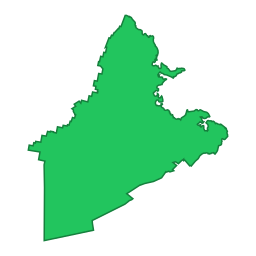 Glenorchy, Tasmania, Australia
{"feature_id": "25037944B30082174620136", "entity_name": "Glenorchy", "entity_type": "district", "adm_level": 2, "iso_a3": "AUS", "parent_name": "Australia", "parent_adm1": "Tasmania", "projection": "equal_earth", "projection_center": [147.273, -42.832], "detail": "fine", "context": "isolated", "style": "filled", "palette": "green", "viewbox_px": 256, "rotation_deg": 0, "n_neighbors": 0, "source": "geoboundaries", "source_scale": "gbopen_adm2", "svg_char_len": 5832}
<svg xmlns="http://www.w3.org/2000/svg" viewBox="0 0 256 256"><path d="M44.2,240.6L93.5,230.2L92.4,223.3L92.2,220.5L125.0,204.1L129.4,200.6L131.7,199.7L132.9,198.7L126.7,193.7L140.2,184.9L140.4,185.1L144.7,183.5L153.5,181.5L161.6,177.8L165.8,171.9L166.0,172.2L168.8,171.3L169.9,171.9L173.8,170.7L172.6,169.5L176.6,165.5L173.0,162.5L175.5,161.8L178.4,163.7L181.5,160.7L183.4,159.3L183.2,160.2L183.7,160.8L184.7,160.0L189.7,165.9L190.8,165.5L191.3,166.0L195.4,161.1L198.2,158.7L199.9,155.7L202.3,153.8L203.8,153.1L205.1,153.2L206.3,152.8L208.0,153.2L208.2,153.8L208.6,153.7L209.3,154.0L209.8,153.6L210.8,153.7L211.5,153.0L212.2,153.0L213.7,152.6L213.9,152.7L214.0,153.4L215.0,154.1L216.6,152.1L217.5,150.5L218.6,145.6L219.6,145.5L221.0,144.9L221.6,143.9L221.5,142.4L222.0,141.4L221.7,140.4L221.9,139.0L222.5,138.7L224.0,139.5L224.6,139.5L225.1,139.2L227.7,136.4L227.5,135.6L227.7,135.0L227.3,134.3L226.9,132.8L226.9,132.3L227.4,131.7L227.2,131.0L226.1,128.9L224.5,127.5L225.9,128.5L226.1,128.3L221.0,124.3L220.6,124.2L220.3,124.6L220.0,124.4L219.5,124.6L218.8,124.2L217.8,124.1L216.8,123.3L216.2,123.2L215.4,123.6L214.8,122.4L213.8,121.5L213.1,121.2L212.6,121.5L211.9,121.6L211.8,121.2L211.1,120.8L209.4,120.9L208.2,120.5L207.4,120.8L206.0,122.8L207.8,124.4L208.3,126.4L208.1,126.6L208.1,127.1L207.4,128.0L207.5,129.1L207.9,129.8L207.9,130.4L207.2,131.1L206.9,130.7L206.4,130.5L205.3,130.8L204.7,130.7L203.6,128.1L203.9,127.2L203.6,125.6L202.9,125.6L201.8,126.2L201.5,126.8L201.1,127.0L200.6,126.9L199.9,126.0L200.6,125.1L200.6,124.7L200.0,124.8L199.1,125.5L197.6,124.9L197.3,124.6L197.4,124.4L197.6,123.8L198.6,123.4L200.0,121.8L200.4,121.9L200.6,122.2L201.0,122.1L202.1,123.3L203.2,122.8L203.6,122.1L203.3,122.2L202.7,121.5L202.8,121.2L201.8,119.9L201.5,118.3L201.0,117.6L200.4,117.3L200.3,116.9L201.9,116.8L202.9,118.0L204.1,118.5L205.0,118.5L206.2,118.1L207.2,117.1L208.5,116.8L209.5,116.9L209.8,116.5L208.4,113.7L206.8,112.3L203.6,111.5L200.6,109.9L200.1,109.8L199.0,110.6L198.5,110.8L197.7,110.6L197.2,110.1L197.2,109.9L197.7,109.8L196.1,109.6L193.9,111.1L188.3,111.8L187.8,111.6L187.8,110.7L187.5,109.9L186.9,110.1L186.2,113.0L185.9,113.6L185.8,114.7L185.2,115.1L184.6,115.9L181.4,117.9L180.7,119.9L180.1,119.2L179.5,119.2L179.7,118.4L178.7,119.7L178.9,119.0L178.5,119.0L178.1,118.6L176.9,119.3L175.2,118.7L174.3,117.7L173.3,117.7L173.3,116.8L172.7,115.7L172.7,115.0L172.4,114.7L171.3,115.0L170.6,114.6L170.3,113.9L170.6,113.4L169.5,112.7L169.7,111.8L169.3,111.1L168.8,110.8L168.7,110.5L168.3,110.5L167.8,109.8L165.7,110.3L164.9,110.2L164.3,109.9L164.1,109.1L163.4,108.2L161.7,107.3L161.2,106.2L161.2,105.2L162.4,104.5L162.2,103.8L161.1,103.8L161.1,105.0L160.2,105.7L158.7,105.9L158.0,105.8L157.4,105.4L156.7,105.6L156.0,104.9L155.4,103.3L155.6,101.6L156.8,100.1L157.5,100.0L158.3,100.2L158.8,101.6L159.6,102.0L161.9,102.0L162.8,101.4L162.8,99.7L162.0,96.6L161.6,96.0L160.0,98.0L158.8,97.8L158.1,96.8L158.5,96.1L158.6,95.4L158.2,94.1L157.4,93.5L157.4,95.1L157.2,95.4L156.3,96.1L155.2,96.2L154.5,95.8L153.8,94.6L153.4,93.4L153.5,92.5L154.6,92.0L155.7,90.6L157.0,90.5L157.7,91.1L158.4,90.7L158.5,88.9L156.8,87.8L156.8,87.3L157.3,86.0L159.0,85.0L160.0,85.1L160.5,84.8L162.1,84.5L162.2,83.6L163.5,81.8L165.0,80.3L166.4,79.5L166.5,79.1L166.2,78.9L165.3,78.8L163.3,79.2L162.5,78.2L162.5,77.3L161.4,77.0L160.7,77.3L159.4,76.8L159.2,75.7L158.8,75.9L158.7,76.4L158.8,76.9L158.2,77.1L158.7,76.8L158.4,76.6L158.4,76.0L158.3,75.9L158.6,75.7L158.9,75.3L157.9,75.7L158.2,75.4L157.9,74.7L159.2,72.7L159.9,72.0L160.5,72.1L161.1,73.0L163.1,73.6L163.7,74.0L164.1,74.6L166.5,74.9L171.5,77.0L173.2,78.1L173.7,77.5L173.6,76.7L174.2,76.8L175.5,76.2L176.2,75.7L176.7,74.6L177.3,73.8L178.6,73.5L179.2,72.9L180.1,72.9L181.4,72.2L181.6,71.9L181.5,71.2L181.9,70.8L184.0,70.8L184.9,70.1L184.1,68.7L183.2,68.4L181.1,68.2L180.3,68.6L179.3,68.4L177.7,68.7L177.4,68.6L177.1,68.2L176.0,70.2L175.3,70.7L171.8,71.3L170.2,71.2L168.2,68.6L167.3,68.2L166.9,67.5L166.9,66.6L163.8,64.9L161.7,63.0L161.4,63.2L161.0,65.0L161.2,67.3L160.7,68.4L159.7,68.5L159.0,68.4L158.6,67.2L157.9,66.7L158.0,66.0L157.0,66.1L155.8,65.2L153.9,65.9L152.7,65.6L152.1,64.8L152.4,63.1L152.8,62.3L153.3,61.8L154.4,62.4L155.3,61.7L155.2,60.6L154.8,59.9L155.3,59.1L155.7,59.2L156.5,60.2L156.9,60.2L157.0,59.6L156.2,57.9L156.5,57.0L157.0,56.8L156.9,56.5L156.2,55.8L156.2,55.4L156.5,55.1L157.5,55.2L158.1,52.9L158.0,50.6L157.2,48.4L156.4,47.0L155.8,46.6L155.2,46.0L155.4,45.4L154.1,43.2L153.4,41.7L153.3,39.3L153.6,38.4L153.6,37.6L153.4,36.6L152.7,35.9L150.9,36.2L150.3,35.7L150.0,36.1L149.5,36.0L149.5,36.8L149.1,37.3L148.5,37.3L147.4,35.7L146.7,35.6L146.2,34.4L145.4,33.6L144.4,33.8L143.8,34.8L143.3,34.9L142.9,34.6L142.2,33.8L142.1,31.1L141.7,30.5L140.3,29.7L138.4,29.5L136.2,27.9L135.6,26.5L135.9,26.0L135.7,25.7L135.4,25.7L135.1,24.7L135.1,24.0L135.3,23.3L135.0,22.2L132.3,19.2L131.3,17.5L130.2,17.1L130.0,16.8L129.7,16.9L129.8,16.7L129.3,16.4L127.9,16.2L126.6,15.4L125.2,15.4L121.0,26.6L119.7,26.2L118.8,28.7L118.3,28.5L114.5,32.7L114.1,32.6L112.7,35.6L111.5,35.2L110.3,38.2L109.0,37.8L105.4,47.3L105.9,47.0L106.7,47.2L105.6,52.6L103.8,52.3L102.9,56.8L100.7,56.3L99.5,61.8L98.6,61.6L97.8,65.5L100.5,66.0L102.9,68.9L101.9,74.0L98.7,73.5L97.3,81.1L94.4,80.6L93.4,85.8L95.9,86.3L95.4,89.3L97.7,89.7L97.4,91.2L97.9,91.3L97.6,92.9L92.6,92.0L91.6,96.4L89.1,95.8L87.8,101.9L81.6,100.3L80.8,103.2L79.1,101.1L74.2,104.2L75.7,106.3L71.9,108.7L73.3,109.7L73.4,111.6L74.8,114.0L74.8,114.7L75.6,114.9L74.5,118.1L72.5,117.5L71.2,121.5L70.2,121.2L69.0,125.1L67.5,124.7L67.1,126.0L63.2,125.3L62.6,127.8L57.5,126.8L56.3,133.0L53.5,132.4L53.6,131.8L50.4,131.2L50.2,132.0L47.6,131.4L46.2,136.1L42.0,135.4L40.8,142.2L35.7,141.4L35.4,143.0L33.8,142.7L33.1,145.8L29.2,145.1L28.3,150.1L40.0,152.0L38.6,159.7L44.9,161.1L44.1,164.8L44.5,187.7L44.2,240.6Z" fill="#22c55e" stroke="#15803d" stroke-width="1.5"/></svg>